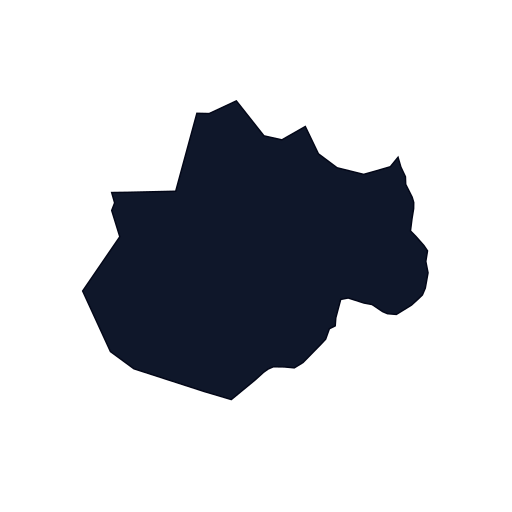 outline of Tenente Ananias, Rio Grande do Norte, Brazil, rotated 312°
{"feature_id": "56859067B6305707048809", "entity_name": "Tenente Ananias", "entity_type": "district", "adm_level": 2, "iso_a3": "BRA", "parent_name": "Brazil", "parent_adm1": "Rio Grande do Norte", "projection": "mercator", "projection_center": [-38.141, -6.442], "detail": "fine", "context": "isolated", "style": "filled", "palette": "ink", "viewbox_px": 512, "rotation_deg": 312, "n_neighbors": 0, "source": "geoboundaries", "source_scale": "gbopen_adm2", "svg_char_len": 901}
<svg xmlns="http://www.w3.org/2000/svg" viewBox="0 0 512 512"><g transform="rotate(312 256 256)"><path d="M322.5,116.6L250.4,153.0L217.7,118.3L206.6,106.3L200.9,115.4L193.3,118.3L179.2,141.9L114.0,150.6L87.6,211.8L90.5,240.7L120.7,308.3L132.8,333.7L163.5,338.3L174.5,339.4L180.0,340.6L185.3,343.0L192.4,351.1L198.5,359.3L208.3,362.2L234.5,363.3L240.8,363.4L251.0,359.2L257.1,361.6L263.4,356.7L280.4,348.0L286.5,352.6L293.3,367.7L297.6,374.7L299.4,387.3L301.1,392.3L306.5,399.4L323.6,404.4L332.6,405.3L338.4,405.7L345.4,403.3L358.6,395.1L365.6,385.8L374.6,380.0L376.1,373.9L377.5,361.8L378.0,354.0L388.2,346.9L396.6,341.5L401.3,337.4L404.2,332.7L409.4,319.3L414.9,314.0L419.0,304.2L424.4,295.5L412.2,296.1L398.0,287.3L388.7,281.4L375.8,257.2L373.7,234.0L385.2,206.0L359.6,197.5L350.6,181.5L352.0,173.3L358.1,137.6L330.5,125.9L322.5,116.6Z" fill="#0f172a" stroke="#020617" stroke-width="1.5"/></g></svg>